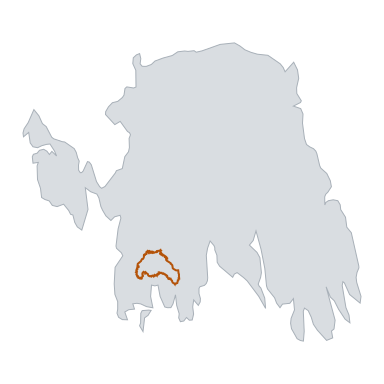 Castlebar Lea-7, Mayo, Ireland (highlighted), rotated 270°
{"feature_id": "5873133B79217415432935", "entity_name": "Castlebar Lea-7", "entity_type": "district", "adm_level": 2, "iso_a3": "IRL", "parent_name": "Ireland", "parent_adm1": "Mayo", "projection": "robinson", "projection_center": [-9.299, 53.81], "detail": "fine", "context": "in_parent", "style": "outline", "palette": "amber", "viewbox_px": 384, "rotation_deg": 270, "n_neighbors": 0, "source": "geoboundaries", "source_scale": "gbopen_adm2", "svg_char_len": 8716}
<svg xmlns="http://www.w3.org/2000/svg" viewBox="0 0 384 384"><g transform="rotate(270 192 192)"><path d="M257.4,46.2L246.8,51.7L245.2,53.7L242.3,62.3L242.0,64.7L235.4,74.2L231.7,76.2L226.1,77.7L222.9,79.2L218.9,78.5L213.8,78.6L211.3,80.3L211.4,81.6L212.9,83.1L222.4,87.5L221.9,89.3L219.2,91.3L202.4,96.5L197.4,99.6L195.7,101.6L197.5,105.0L211.0,115.3L213.3,116.4L215.4,122.3L227.3,124.8L232.2,128.5L236.4,129.4L245.6,129.1L249.2,130.5L251.3,129.5L252.5,127.5L262.6,120.2L259.4,114.8L269.5,105.5L272.4,105.7L277.2,108.5L281.3,112.4L282.6,117.7L286.5,122.4L288.9,124.0L295.5,125.0L297.1,126.8L296.0,133.7L297.0,136.0L313.7,135.8L320.4,132.8L326.2,133.3L329.1,136.4L330.4,139.6L325.4,140.8L320.2,140.1L317.7,142.2L317.6,146.2L319.5,151.3L323.0,155.0L326.0,163.2L328.5,172.3L332.2,177.8L333.0,184.7L332.6,188.0L333.3,194.1L331.8,196.2L333.1,201.9L339.6,220.2L341.1,234.5L338.1,239.8L334.2,244.9L331.7,250.9L329.8,257.4L328.7,267.9L320.2,280.2L316.5,283.2L312.2,285.1L321.8,293.7L314.1,297.5L305.7,298.7L296.3,296.6L290.5,296.8L283.2,301.3L281.5,300.5L277.9,293.4L275.4,300.7L270.0,303.0L260.8,302.5L245.4,304.5L239.5,306.5L237.1,309.8L235.3,313.5L232.9,315.8L230.2,316.9L218.3,319.7L215.9,320.8L210.5,326.8L203.3,330.3L197.3,331.4L191.9,327.9L189.7,325.7L187.2,324.7L179.0,324.8L181.6,325.9L183.3,328.4L184.2,333.2L183.3,337.8L179.2,340.2L174.4,340.7L166.8,345.5L156.8,346.8L151.3,351.3L118.0,358.8L116.1,358.9L111.5,357.0L106.6,356.1L101.6,356.7L87.6,361.0L80.9,360.1L89.5,349.6L101.1,344.4L102.3,342.9L98.5,342.2L76.5,345.9L68.9,349.0L61.2,349.9L64.8,345.1L74.7,338.6L83.2,334.3L86.9,330.4L97.2,326.1L63.8,335.1L55.0,334.0L53.0,331.5L46.1,332.7L43.6,326.6L53.8,317.4L59.7,313.4L66.7,311.3L73.4,308.2L75.9,304.5L72.8,303.3L52.6,304.2L42.9,303.4L43.5,300.4L45.3,297.1L55.3,291.5L60.7,290.6L65.6,291.1L74.1,294.5L85.4,293.4L80.7,289.8L79.9,282.5L76.3,280.0L80.9,276.6L86.2,274.6L95.1,267.5L98.2,266.5L115.6,264.8L134.5,261.1L153.1,256.0L143.5,253.2L138.9,249.4L131.6,257.0L126.3,259.9L111.3,261.4L106.6,260.6L99.9,258.2L97.9,259.1L95.9,260.9L86.0,264.7L75.6,265.6L87.7,258.7L103.1,247.2L106.5,243.5L111.4,237.1L109.9,234.3L106.7,232.7L117.8,219.6L121.7,217.2L128.8,216.9L134.1,214.8L136.3,214.8L138.4,214.0L143.0,210.1L135.9,207.6L128.7,206.3L106.2,207.7L103.2,207.4L100.4,206.2L98.6,204.4L97.3,200.0L95.6,199.0L90.5,199.0L85.5,200.4L82.1,200.2L78.6,198.3L84.1,193.7L77.1,192.7L69.9,193.6L64.0,192.2L63.8,189.3L66.5,186.5L63.0,183.8L62.3,180.4L66.1,178.7L70.2,179.2L78.5,176.7L89.2,175.5L80.1,173.0L76.4,170.9L76.3,167.6L77.0,164.8L87.6,160.1L98.9,158.0L98.1,154.9L98.9,151.5L87.5,150.6L76.2,152.9L77.4,146.5L80.1,140.7L80.7,136.9L80.2,132.8L74.9,134.5L74.3,128.7L72.0,124.8L64.2,127.5L64.4,122.3L66.7,118.6L70.8,117.0L74.9,117.7L82.4,117.7L89.6,114.9L100.1,114.2L116.7,115.1L128.2,122.8L131.2,121.4L135.7,116.5L137.9,116.0L155.1,118.1L165.9,120.9L168.7,120.1L167.2,114.6L163.5,110.9L168.1,105.9L173.7,102.6L177.4,100.9L186.1,98.9L189.9,96.9L192.3,90.6L196.3,85.3L174.6,88.0L153.9,81.8L157.1,77.3L161.5,74.8L169.0,72.9L169.7,70.6L173.5,68.7L179.8,63.6L177.4,57.1L178.6,52.3L183.1,49.2L184.5,44.9L186.5,41.6L195.7,40.5L204.5,37.5L218.1,37.1L221.6,38.3L220.8,33.0L227.2,32.3L229.7,33.4L230.8,37.1L233.7,39.5L234.7,43.7L232.8,46.9L229.5,49.4L232.6,51.9L228.0,56.6L233.0,54.5L240.0,50.0L239.6,46.4L238.3,41.8L236.3,37.6L237.2,33.0L241.1,30.2L251.6,28.7L247.2,23.5L251.0,23.0L255.2,24.1L261.4,28.2L274.4,33.9L268.2,38.9L260.4,42.4L257.4,46.2ZM73.9,148.6L73.6,151.1L68.6,148.0L66.2,144.6L52.4,143.0L58.2,139.6L61.0,140.6L70.7,140.8L73.4,142.2L73.9,148.6Z" fill="#d9dde1" stroke="#a8b0b8" stroke-width="1"/><path d="M105.4,141.7L105.8,141.4L106.3,141.5L107.3,142.4L107.8,142.5L107.9,142.9L108.1,143.0L108.5,142.8L109.1,142.7L109.3,142.4L109.8,142.5L110.4,142.4L110.6,142.4L111.1,142.8L111.5,142.8L111.8,143.3L111.7,143.5L111.9,143.6L111.6,143.9L111.6,144.0L111.5,144.3L111.5,144.6L111.9,145.1L111.6,145.3L111.4,145.3L111.5,145.4L111.3,145.5L111.0,145.7L111.0,145.9L110.9,145.9L111.1,146.2L110.9,146.3L110.0,147.8L108.6,148.2L108.3,148.5L108.1,148.8L108.0,149.2L107.9,149.3L107.8,149.5L108.0,150.0L107.8,150.2L107.9,150.4L107.9,150.6L107.7,150.9L107.5,151.3L107.9,151.5L108.0,151.6L108.2,151.8L108.2,152.0L108.3,152.2L108.1,152.3L108.1,152.5L108.2,153.0L108.1,153.3L107.9,153.4L108.2,153.6L108.3,153.7L108.5,153.9L108.7,154.1L108.3,154.2L108.3,154.3L108.1,154.4L108.4,154.7L108.6,154.8L108.6,155.1L108.8,155.3L108.5,155.7L108.6,155.8L108.5,156.2L108.9,156.5L108.7,156.7L108.9,156.7L109.0,157.0L109.4,156.9L109.8,157.2L109.7,157.4L109.7,157.6L109.5,157.8L109.7,158.0L110.2,158.1L110.1,158.3L110.2,158.5L109.9,158.7L110.1,158.9L110.3,159.2L110.6,159.6L111.1,159.3L111.3,159.4L111.7,159.2L111.7,159.3L111.3,159.8L111.0,160.0L111.0,160.3L111.2,160.5L111.1,160.8L111.2,161.0L111.2,161.6L110.9,161.7L110.6,162.0L110.5,162.4L110.4,162.4L110.3,162.6L110.1,162.9L110.1,163.0L110.4,162.9L110.6,163.1L110.7,163.3L110.6,163.5L110.3,164.0L109.9,164.2L109.5,164.7L109.5,164.9L109.6,165.0L109.6,165.3L109.1,165.6L109.0,166.0L108.6,166.1L108.7,166.4L108.5,166.6L108.3,167.1L107.8,167.3L107.1,167.1L107.0,167.4L105.6,168.2L105.6,168.5L105.1,168.5L105.0,168.8L105.6,169.3L105.0,169.9L105.1,170.1L105.4,170.4L105.4,170.6L104.2,171.1L103.5,171.7L103.4,172.0L103.0,172.1L102.4,172.2L101.4,172.7L100.8,173.6L100.7,174.1L99.8,174.8L100.3,174.9L100.4,175.2L100.4,175.4L100.5,175.6L100.3,175.8L100.5,176.2L100.5,176.3L100.8,176.7L100.9,177.1L101.1,177.2L101.1,177.4L101.3,177.5L101.2,177.6L101.4,177.4L101.7,177.5L102.7,177.6L102.9,177.8L103.4,177.8L103.4,178.0L103.7,178.1L103.8,178.3L104.4,178.4L104.5,178.6L104.9,178.7L105.1,179.0L105.5,178.8L105.5,179.2L108.4,178.9L109.0,179.0L109.4,179.0L110.0,178.9L110.2,178.7L110.4,178.6L113.7,178.2L113.6,176.1L115.1,173.5L115.7,172.8L118.8,172.3L119.0,172.1L119.2,171.9L119.5,171.7L119.8,171.4L119.9,171.1L120.2,170.9L120.3,170.7L120.9,170.6L123.3,166.8L123.5,166.7L123.8,166.5L124.0,166.2L124.8,166.1L124.9,166.3L124.9,166.5L125.0,166.5L125.2,166.9L125.3,166.8L125.4,167.1L125.7,167.2L125.8,167.2L126.0,167.0L125.9,166.9L126.0,166.7L125.9,166.6L125.8,166.1L126.3,166.1L126.4,165.9L126.5,165.8L126.7,165.6L126.8,165.5L126.9,165.3L126.9,164.8L127.2,164.6L127.5,164.5L127.8,164.7L127.9,165.1L128.4,164.4L128.7,163.9L128.6,163.6L128.7,163.4L128.7,163.1L128.6,162.9L128.9,162.8L129.2,163.0L129.4,162.9L129.5,162.4L129.0,162.0L129.1,161.9L129.1,161.7L129.3,161.5L129.6,161.5L129.8,161.9L130.1,161.9L130.2,161.7L130.2,161.4L129.9,161.0L130.2,160.9L130.1,160.7L130.0,160.3L130.1,160.1L130.4,160.0L130.9,160.2L131.6,160.8L131.8,160.4L132.5,160.3L132.9,160.1L133.1,160.3L133.4,160.5L133.5,160.8L133.7,160.6L134.0,160.5L133.7,160.1L133.2,159.7L133.2,159.3L133.1,158.9L133.1,158.7L133.2,158.1L133.0,157.7L132.9,157.0L132.9,156.9L132.5,156.9L132.0,157.1L131.8,156.7L131.9,156.3L131.9,156.1L131.9,155.5L131.7,155.2L131.6,154.7L131.5,154.2L131.4,154.1L131.2,153.9L131.3,153.5L131.2,153.4L131.2,153.2L131.3,153.3L131.3,153.2L131.3,152.9L131.2,152.8L131.2,152.6L131.3,152.5L131.2,152.4L131.3,152.3L131.2,152.3L131.3,152.3L131.2,152.1L131.3,152.0L131.6,152.0L131.7,152.3L131.8,152.5L132.0,152.6L132.3,152.7L132.4,152.4L132.3,151.7L132.0,151.6L131.9,151.5L131.7,151.4L131.7,151.1L131.7,150.9L131.6,150.6L131.6,150.2L131.1,150.0L131.2,149.5L131.2,149.4L131.5,149.6L132.0,149.3L132.2,149.9L132.3,150.0L132.7,149.9L133.0,149.6L132.9,149.4L132.8,149.0L133.0,148.8L132.9,148.6L132.7,148.6L132.3,148.5L132.3,148.3L132.3,148.2L132.2,148.2L132.5,148.0L132.6,147.9L132.9,147.6L132.7,147.5L132.6,147.4L132.5,147.2L132.1,147.1L132.2,146.6L131.8,146.3L131.3,146.3L130.8,146.5L130.0,146.4L129.9,145.9L129.8,145.5L129.4,145.0L129.2,145.0L129.2,144.9L129.1,144.6L129.2,144.4L129.5,144.3L129.4,144.3L129.3,144.1L129.1,144.1L128.8,143.9L128.7,143.9L128.8,144.0L128.5,144.0L128.3,144.1L126.3,143.7L125.1,143.0L124.9,142.1L124.7,142.1L124.3,141.6L122.9,141.0L120.2,137.8L118.4,137.5L117.8,137.8L117.8,138.1L117.9,138.3L117.9,138.5L117.4,138.7L116.8,138.6L116.7,138.3L116.8,138.1L116.9,137.7L116.9,137.4L116.5,137.4L116.3,137.2L115.9,137.1L115.7,137.2L115.2,136.9L115.0,137.1L114.9,137.1L114.7,137.3L114.4,137.1L114.3,136.5L113.9,136.4L113.5,136.3L113.3,136.3L113.1,136.6L112.8,136.7L112.4,136.9L111.9,136.2L111.7,136.0L111.3,136.4L111.0,136.5L110.9,136.7L110.5,136.6L110.2,136.7L109.9,136.6L109.6,136.4L109.4,136.4L109.2,136.6L109.2,136.8L108.5,137.3L108.1,137.2L108.0,137.4L107.8,137.4L107.8,137.2L107.5,137.3L107.3,137.4L107.3,137.6L107.5,138.0L107.2,138.1L106.9,138.3L106.9,138.2L106.6,138.2L106.6,138.3L106.2,138.3L106.1,138.5L106.0,138.9L106.1,139.0L106.2,139.7L106.3,139.9L106.1,140.0L106.1,140.3L105.9,140.5L105.5,140.3L105.4,140.3L105.4,141.0L105.3,141.4L105.3,141.6L105.4,141.7Z" fill="none" stroke="#b45309" stroke-width="2"/></g></svg>